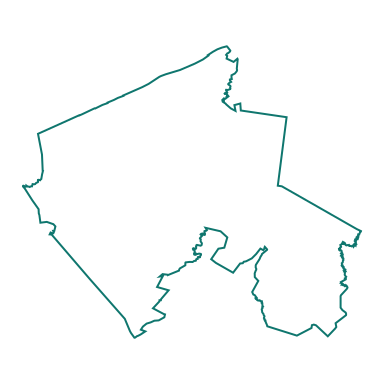 outline of Palsmanes pag., Smiltenes, Latvia
{"feature_id": "27541924B2832200646893", "entity_name": "Palsmanes pag.", "entity_type": "district", "adm_level": 2, "iso_a3": "LVA", "parent_name": "Latvia", "parent_adm1": "Smiltenes", "projection": "orthographic", "projection_center": [26.198, 57.386], "detail": "fine", "context": "isolated", "style": "outline", "palette": "teal", "viewbox_px": 384, "rotation_deg": 0, "n_neighbors": 0, "source": "geoboundaries", "source_scale": "gbopen_adm2", "svg_char_len": 5983}
<svg xmlns="http://www.w3.org/2000/svg" viewBox="0 0 384 384"><path d="M38.0,133.8L42.0,154.6L42.7,171.1L42.9,171.1L42.1,174.3L41.3,179.0L40.4,179.7L40.2,180.2L38.5,179.8L38.0,179.9L37.9,180.5L38.1,181.7L37.9,182.2L36.2,182.9L35.1,184.1L34.2,184.3L32.6,184.1L32.0,186.3L31.3,186.2L29.7,187.0L28.9,186.6L27.8,186.6L26.4,185.6L26.4,186.5L25.9,186.7L23.4,185.7L23.1,185.8L23.0,186.5L24.7,188.4L32.3,200.3L38.6,209.2L38.8,213.4L39.4,215.1L40.4,222.7L46.8,221.9L53.4,224.2L55.4,226.4L54.3,230.9L53.2,230.9L53.8,232.3L53.3,233.3L52.9,233.4L50.6,232.5L49.7,234.4L51.9,234.6L52.1,235.1L89.6,278.8L124.8,318.8L129.9,331.0L131.0,333.0L134.4,337.7L135.1,337.6L137.1,336.1L137.9,335.9L140.6,334.5L145.3,331.4L140.9,329.7L142.9,326.6L146.6,323.6L150.6,322.4L154.4,320.7L158.7,320.4L164.3,317.3L165.0,314.4L163.7,314.0L153.0,308.3L159.4,301.4L159.5,300.2L160.9,300.2L161.1,299.1L168.6,290.3L157.1,287.0L162.9,276.0L159.8,276.5L162.6,274.1L168.1,274.8L168.1,275.0L179.0,270.6L179.2,269.5L179.9,268.4L185.3,265.3L185.4,262.7L185.6,262.4L189.8,261.9L192.6,262.0L194.2,260.9L195.7,260.8L196.4,259.1L197.7,258.9L197.8,257.2L198.0,257.0L198.6,256.9L199.4,257.4L200.0,257.2L200.3,255.7L201.0,254.9L201.0,254.2L200.8,253.9L199.1,253.6L197.1,254.1L195.9,253.5L195.5,253.9L195.5,254.8L194.4,254.7L194.1,254.3L194.0,253.7L194.8,251.8L194.4,250.8L194.8,249.7L193.2,249.7L192.9,248.8L193.1,248.4L193.4,248.2L195.5,248.8L196.0,248.6L196.2,248.1L196.0,246.4L196.3,246.3L196.5,245.1L196.9,244.9L200.6,245.7L201.5,245.2L201.9,243.7L201.7,242.9L200.6,241.4L200.6,240.6L200.8,239.6L200.7,239.2L199.9,238.6L199.9,238.2L202.5,235.3L202.0,234.9L201.0,234.9L200.6,234.4L201.2,233.8L202.6,233.5L203.2,233.7L203.4,234.2L204.4,234.9L204.9,234.7L205.0,233.8L204.4,232.0L204.5,231.1L206.3,230.7L206.9,230.1L205.5,227.8L220.6,231.3L227.3,237.4L224.3,247.7L218.4,248.7L211.2,259.2L215.9,262.9L233.1,272.7L240.1,263.5L242.8,263.2L243.7,261.8L246.1,261.3L251.8,258.4L256.1,254.1L260.4,248.6L263.2,250.1L264.4,248.7L264.5,247.4L264.8,246.8L267.1,249.4L267.0,249.9L262.0,254.0L261.7,255.0L260.5,256.8L259.6,259.0L255.9,264.8L255.7,265.6L255.7,267.5L256.3,268.9L256.2,269.9L255.9,270.2L254.7,273.3L254.8,277.1L258.3,280.9L252.2,292.0L253.3,294.5L254.8,295.2L256.1,297.0L255.8,297.0L255.4,298.1L255.5,298.3L256.0,297.9L256.7,298.1L256.5,299.2L257.2,299.4L257.2,300.1L258.2,300.6L259.5,300.3L259.7,300.6L260.0,300.5L260.5,301.0L261.9,301.3L261.8,301.8L262.1,302.4L261.6,302.9L262.4,303.8L262.3,304.9L262.7,306.0L262.5,306.3L262.8,306.6L262.4,306.8L262.2,307.3L262.5,307.8L262.4,308.4L261.8,309.0L261.7,309.6L262.1,310.8L262.1,312.0L262.8,313.2L263.4,313.8L263.7,315.1L264.5,316.2L263.9,318.0L264.2,318.4L264.2,318.9L264.6,319.2L264.5,319.8L265.3,320.3L265.2,320.7L265.4,320.9L265.2,321.2L265.8,322.0L265.9,322.8L266.2,323.1L267.2,325.7L267.3,326.3L296.9,335.6L311.5,328.0L311.9,325.2L313.8,324.6L316.0,325.3L327.8,336.3L335.2,328.5L336.3,327.0L335.6,323.2L346.0,315.2L346.1,314.8L346.1,313.8L345.7,312.6L342.4,310.1L340.6,307.7L340.6,296.1L341.0,295.2L346.8,288.9L347.5,287.7L347.2,286.7L346.7,286.0L346.5,286.4L346.2,286.3L345.5,285.4L345.1,285.5L344.7,286.0L344.4,285.7L344.5,285.1L343.8,285.3L343.5,285.3L343.3,284.7L342.6,284.9L342.3,284.4L342.0,284.5L342.3,283.8L341.6,283.7L341.5,283.0L341.0,282.9L341.4,282.5L341.0,282.0L345.7,279.4L345.5,278.9L344.8,278.7L344.8,278.4L345.8,278.1L345.7,277.5L346.2,276.8L345.5,276.1L344.7,274.8L345.0,272.0L344.1,271.6L344.4,271.0L344.4,270.4L345.3,270.7L345.0,270.1L344.4,270.0L345.1,269.4L343.5,268.5L343.8,267.7L343.4,267.1L343.5,266.9L343.1,266.7L342.9,266.1L342.4,266.6L341.7,265.7L342.0,265.4L341.8,263.2L342.7,262.5L342.9,260.7L343.3,260.4L343.4,258.5L343.1,258.3L342.8,258.8L342.6,258.6L342.8,257.7L342.1,257.3L342.5,256.6L341.6,256.1L342.4,255.7L342.6,255.2L341.3,255.2L342.4,253.6L342.3,253.2L342.0,252.9L341.6,253.3L341.2,253.2L341.8,252.4L341.6,250.9L341.2,250.4L339.8,250.5L339.4,250.2L339.1,249.8L339.0,248.9L339.9,248.8L340.1,248.6L339.9,247.8L341.1,246.9L341.1,246.7L340.6,246.1L340.7,245.6L340.4,245.1L340.9,244.9L341.6,244.0L342.7,244.0L342.4,242.7L342.9,241.9L343.7,242.5L343.7,243.2L344.3,243.2L344.5,242.8L344.8,243.0L345.0,243.5L344.6,243.7L344.4,244.2L345.5,244.4L345.9,245.2L346.5,245.4L347.9,245.0L348.8,245.3L349.1,245.0L349.5,245.4L349.5,246.0L350.7,246.0L351.8,246.4L352.3,245.8L353.0,246.0L353.2,245.6L353.6,246.6L354.1,245.8L354.8,245.7L354.7,245.2L353.7,244.8L354.5,244.0L355.7,245.4L355.9,244.5L356.3,244.2L355.8,243.5L355.8,242.9L355.3,243.0L355.8,242.2L354.9,241.2L355.7,240.8L355.7,240.1L355.1,239.9L355.1,239.4L355.5,239.2L356.3,240.0L356.6,239.2L357.1,239.2L356.8,238.3L357.8,238.7L358.0,238.0L357.2,236.6L357.6,236.3L358.4,236.5L358.5,235.1L358.1,234.9L358.2,234.3L359.3,234.3L359.5,233.4L360.2,232.4L360.1,232.0L360.9,231.5L361.0,231.1L356.8,229.1L281.8,186.3L277.8,185.7L286.6,117.2L240.8,110.5L240.3,103.5L234.4,105.1L235.5,110.9L230.8,108.4L226.1,104.3L225.6,103.6L222.7,101.7L222.6,101.3L223.4,101.8L223.7,101.5L222.7,100.4L223.1,99.8L222.8,99.6L223.0,99.3L223.7,99.6L223.6,99.1L224.0,98.4L225.0,98.9L225.5,98.7L226.7,97.6L226.4,97.0L226.7,96.6L227.0,96.6L227.5,97.1L228.5,96.3L228.2,95.9L227.1,95.5L227.0,95.3L227.3,94.4L226.8,93.8L224.9,94.0L224.6,93.6L225.0,93.1L226.6,92.9L227.2,92.4L226.2,90.7L226.0,90.0L226.1,89.8L227.7,90.0L230.2,89.1L230.4,88.5L230.1,87.7L230.5,86.4L230.3,85.8L228.4,84.5L228.2,84.1L229.3,82.9L231.1,81.9L229.9,80.4L229.9,79.5L231.7,79.0L231.5,78.6L231.7,78.4L231.5,77.3L231.5,75.3L234.9,73.5L236.7,71.3L237.1,70.1L236.8,68.7L237.7,59.3L237.4,58.7L233.6,61.9L226.6,58.6L227.2,55.9L226.1,54.9L227.4,53.3L228.2,53.1L229.6,51.9L230.1,51.4L230.3,50.6L227.6,47.1L226.8,46.3L221.9,47.6L217.4,49.3L212.9,51.8L207.9,55.1L208.4,55.6L202.9,59.5L194.9,63.6L180.0,70.0L165.7,74.3L161.1,76.0L159.4,76.8L148.6,83.9L142.3,87.1L123.2,95.5L123.4,95.9L117.9,97.9L114.0,99.9L107.5,102.6L107.6,103.1L102.5,104.9L95.2,108.5L94.8,108.3L94.0,108.6L82.0,114.3L79.2,115.5L79.1,115.3L38.0,133.8Z" fill="none" stroke="#0f766e" stroke-width="2"/></svg>